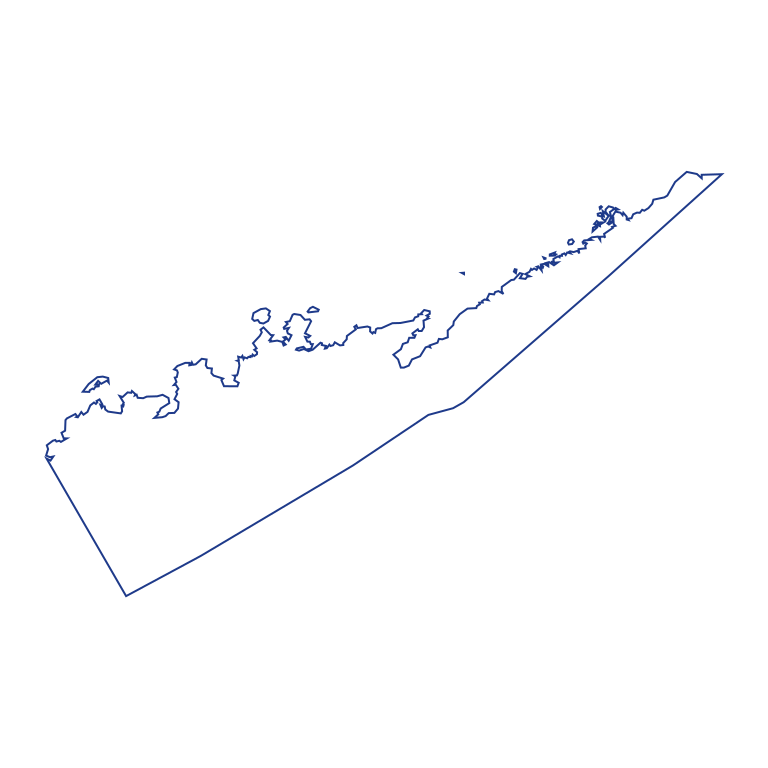 East AreAre, Malaita, Solomon Islands (Natural Earth projection), rotated 270°
{"feature_id": "97153195B49171741806918", "entity_name": "East AreAre", "entity_type": "district", "adm_level": 2, "iso_a3": "SLB", "parent_name": "Solomon Islands", "parent_adm1": "Malaita", "projection": "natural_earth1", "projection_center": [161.264, -9.266], "detail": "fine", "context": "isolated", "style": "outline", "palette": "blue", "viewbox_px": 768, "rotation_deg": 270, "n_neighbors": 0, "source": "geoboundaries", "source_scale": "gbopen_adm2", "svg_char_len": 6141}
<svg xmlns="http://www.w3.org/2000/svg" viewBox="0 0 768 768"><g transform="rotate(270 384 384)"><path d="M171.9,126.1L212.0,200.6L302.5,352.9L353.1,428.4L359.8,453.1L365.8,463.7L491.8,608.5L593.8,721.9L593.2,701.7L589.7,701.7L594.0,696.9L596.1,686.7L586.0,675.1L572.4,667.3L570.6,664.3L568.3,653.4L564.2,652.2L559.9,648.4L557.3,644.3L558.2,642.2L555.2,639.8L555.4,637.0L553.7,633.2L549.8,631.5L549.3,627.5L548.0,628.4L548.5,626.7L551.3,626.7L555.3,623.3L552.8,622.6L555.3,620.5L556.4,615.4L551.2,612.2L550.7,613.3L544.0,613.7L542.2,615.5L541.1,612.1L540.1,612.8L534.1,604.1L530.3,605.1L531.4,604.1L531.2,600.0L528.0,600.2L531.4,598.0L530.7,591.9L529.1,589.3L528.1,591.4L527.6,584.2L525.9,582.6L524.4,583.3L525.4,585.1L524.5,586.8L522.4,585.2L519.7,585.7L518.9,578.6L514.6,579.3L517.2,577.5L515.9,573.6L516.7,570.0L516.1,569.0L514.7,570.4L515.5,567.2L513.0,565.7L514.6,564.4L513.5,561.8L512.2,562.0L512.2,559.9L510.7,559.6L511.7,558.1L509.0,553.4L506.9,553.6L507.1,554.7L506.3,552.0L505.1,552.6L505.6,557.9L502.7,553.9L505.9,549.1L505.1,546.3L503.9,548.2L501.7,548.3L504.2,544.2L503.6,541.4L501.4,543.2L500.3,542.8L501.6,541.0L497.5,541.6L501.7,538.3L501.2,536.9L500.6,538.0L498.1,536.6L499.5,534.1L498.1,532.0L499.1,531.0L496.2,529.5L493.9,525.3L491.7,529.8L491.3,527.2L489.1,525.5L489.8,519.9L494.1,522.6L494.9,519.9L488.3,513.9L488.0,511.3L481.1,501.8L476.8,501.7L474.1,503.4L476.9,498.4L475.9,495.1L473.6,494.1L474.2,489.3L469.4,487.0L467.8,488.3L468.5,484.5L466.9,482.1L465.5,482.7L465.3,479.2L463.7,479.8L462.0,477.0L459.9,476.3L459.4,467.5L453.8,459.7L446.5,453.8L442.9,453.3L437.5,447.7L430.7,447.8L428.7,442.3L429.1,438.9L425.3,437.5L422.6,429.7L420.6,430.3L421.5,428.1L420.6,425.6L411.8,420.1L408.6,412.0L402.4,408.8L400.4,403.9L400.4,400.8L408.6,398.1L413.3,393.4L418.8,400.9L424.1,402.9L425.7,407.7L430.2,409.2L430.2,414.4L432.8,415.5L432.7,413.3L434.6,412.4L438.7,417.8L437.0,418.7L437.0,421.7L440.8,424.0L447.4,423.5L449.4,428.2L449.7,427.1L451.4,428.5L452.4,426.6L454.2,429.8L456.7,429.7L458.0,424.2L454.8,421.2L453.8,421.9L453.6,418.3L451.7,418.2L450.6,415.0L447.5,413.3L445.0,400.4L444.8,392.4L439.8,381.3L439.7,377.5L438.8,376.0L435.1,375.2L435.9,373.4L434.5,372.5L436.6,370.1L440.5,370.2L441.5,367.4L440.0,357.6L442.7,356.4L441.2,354.3L438.6,355.8L432.0,346.9L428.7,346.7L424.9,343.2L423.0,343.3L422.6,340.0L425.7,334.8L422.8,333.2L422.0,330.5L423.4,329.4L419.8,326.8L419.4,324.9L422.1,325.9L423.0,321.8L424.7,322.0L425.3,320.5L418.3,312.7L416.8,308.5L419.0,303.9L417.4,299.1L418.3,296.0L419.6,296.8L421.2,303.5L418.5,306.0L419.3,311.1L423.9,312.8L423.9,310.8L426.3,309.9L426.4,307.4L431.1,305.1L430.5,308.4L432.1,310.2L434.7,305.0L446.8,311.1L448.7,309.6L448.2,304.9L453.0,300.5L454.0,294.2L453.2,292.6L446.8,289.8L446.0,285.9L444.0,287.6L440.5,283.7L439.1,284.2L440.1,288.9L437.2,287.0L434.6,287.8L432.8,291.5L427.3,288.7L431.1,285.8L430.6,283.6L428.6,285.6L426.5,282.9L423.5,285.7L422.5,283.6L426.1,282.3L427.4,277.2L426.4,270.5L427.5,270.9L427.7,269.4L432.8,273.2L433.0,270.8L440.6,263.5L438.3,260.5L435.7,261.8L432.1,259.8L424.8,253.0L419.6,256.6L418.2,254.3L415.8,257.1L413.8,256.9L412.0,254.2L413.4,252.6L411.6,252.0L412.0,250.5L410.9,250.4L411.1,248.4L409.7,247.1L410.6,244.5L408.8,243.5L412.1,242.4L410.5,241.2L411.3,238.2L407.8,238.8L407.3,237.3L406.8,238.7L402.5,239.4L394.4,237.7L392.6,236.9L392.4,234.0L391.6,235.3L387.6,234.3L385.2,238.7L381.7,237.4L381.8,224.0L387.9,221.4L389.4,223.1L392.4,213.6L394.9,211.4L399.5,211.9L400.0,207.4L402.6,205.8L408.5,206.6L409.2,201.7L403.7,195.7L403.2,193.0L405.5,191.9L403.0,191.1L402.7,189.3L405.1,189.6L405.1,185.2L402.0,177.4L398.6,174.1L397.6,177.0L395.5,177.8L390.9,176.8L390.4,174.8L386.0,176.5L383.0,173.9L383.2,175.8L379.2,178.4L376.0,176.1L374.1,177.2L368.8,174.5L365.8,178.6L359.4,178.0L355.1,174.4L354.9,168.7L351.9,165.6L350.8,162.3L350.1,154.4L353.7,158.3L355.5,157.4L356.3,159.3L359.5,160.7L364.9,169.3L370.0,168.5L373.2,162.6L371.7,157.2L371.4,146.8L369.8,143.2L370.2,137.7L373.3,136.6L372.5,134.8L373.9,135.3L377.0,131.9L375.2,131.2L375.6,127.6L371.0,122.6L372.0,119.6L365.2,123.8L363.0,122.3L362.9,123.6L361.5,123.2L362.0,121.6L356.7,122.1L354.6,120.8L356.4,108.1L358.5,105.3L361.5,104.7L361.8,103.1L360.1,101.7L363.2,100.4L362.5,102.3L363.5,102.4L368.6,99.5L367.0,96.6L365.8,97.3L364.1,95.9L365.5,94.0L362.6,90.3L356.1,87.5L353.3,83.5L356.0,81.3L350.7,77.8L351.0,76.3L351.7,77.2L354.0,75.4L349.6,66.9L347.9,65.5L337.3,65.1L335.2,61.5L329.7,63.7L329.6,66.9L326.1,60.9L327.2,59.4L326.5,56.4L328.0,55.3L327.3,52.9L322.7,46.8L318.9,48.1L312.4,46.1L310.8,50.0L311.5,53.3L307.4,50.5L309.4,46.6L171.9,126.1ZM459.6,265.9L458.9,260.8L454.9,253.5L449.1,252.2L447.1,254.3L448.0,257.8L445.2,259.8L444.5,263.4L447.1,268.1L451.4,270.0L453.0,268.3L456.9,269.9L459.6,265.9ZM391.4,102.8L390.8,97.3L384.0,88.7L376.3,82.8L376.1,89.3L377.8,89.8L379.4,92.5L378.8,93.8L381.3,95.5L381.7,98.7L383.7,99.0L383.5,95.4L387.1,98.1L384.2,101.2L387.4,107.0L385.4,108.7L390.0,108.2L391.4,102.8ZM561.7,608.7L558.5,605.6L556.1,605.6L552.8,608.3L551.8,611.0L556.0,609.9L558.9,614.0L560.5,613.0L561.7,608.7ZM461.2,312.9L459.8,310.1L456.4,307.6L455.6,308.4L456.7,318.0L458.3,318.7L461.2,312.9ZM556.9,602.8L551.6,603.9L552.3,602.3L549.5,602.2L547.1,605.2L552.1,608.6L556.9,602.8ZM528.7,572.0L527.8,569.0L525.2,568.0L523.5,568.9L524.0,572.1L526.4,573.8L528.7,572.0ZM547.0,596.8L544.0,594.2L541.8,600.0L544.6,599.7L544.2,597.5L545.6,598.5L547.0,596.8ZM515.5,554.9L513.6,549.8L512.3,549.8L512.4,554.8L513.6,556.1L514.2,554.3L515.5,554.9ZM542.2,596.6L540.3,593.0L536.5,592.6L540.6,597.2L542.2,596.6ZM550.4,610.7L547.1,609.3L546.0,611.8L548.3,612.9L550.4,610.7ZM555.1,600.8L554.2,597.7L552.4,597.9L551.6,601.1L553.3,602.3L555.1,600.8ZM546.7,609.8L544.7,607.5L543.5,609.0L545.4,611.9L546.7,609.8ZM498.8,514.8L496.4,513.9L494.8,515.9L498.4,516.5L498.8,514.8ZM560.1,615.6L559.4,614.5L558.1,615.8L558.6,618.2L560.1,615.6ZM545.5,603.5L545.6,600.8L544.2,601.3L545.5,603.5ZM561.8,601.0L560.9,599.6L559.1,600.0L561.0,601.9L561.8,601.0ZM495.3,464.0L495.1,461.8L493.9,464.0L495.3,464.0ZM510.6,543.4L509.0,544.2L509.2,545.5L509.8,545.6L510.6,543.4Z" fill="none" stroke="#1e3a8a" stroke-width="2"/></g></svg>